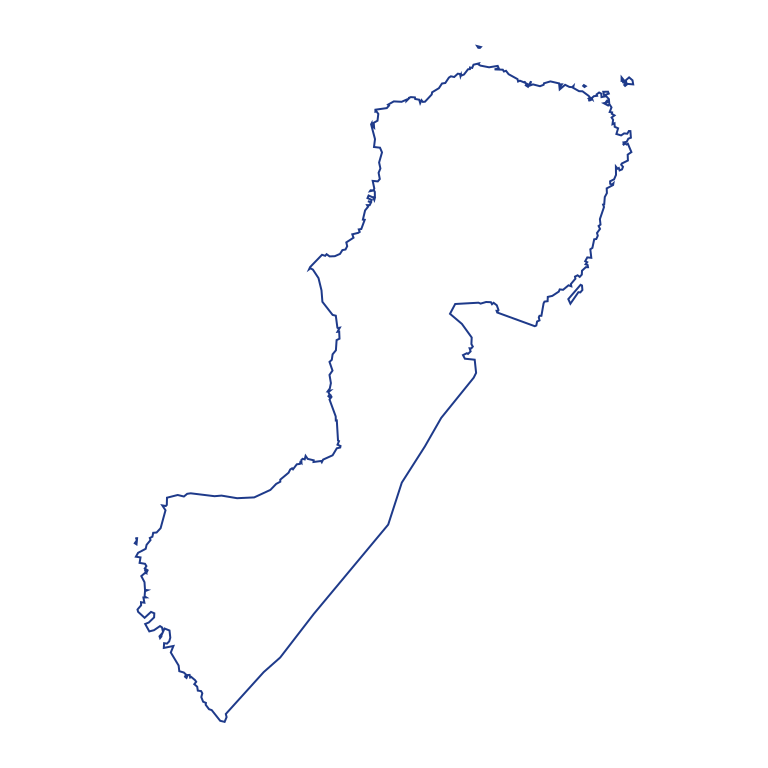 Negros Occidental, Negros Occidental, Philippines (Mercator projection)
{"feature_id": "2640588B49335496833592", "entity_name": "Negros Occidental", "entity_type": "district", "adm_level": 2, "iso_a3": "PHL", "parent_name": "Philippines", "parent_adm1": "Negros Occidental", "projection": "mercator", "projection_center": [123.007, 10.244], "detail": "fine", "context": "isolated", "style": "outline", "palette": "blue", "viewbox_px": 768, "rotation_deg": 0, "n_neighbors": 0, "source": "geoboundaries", "source_scale": "gbopen_adm2", "svg_char_len": 6024}
<svg xmlns="http://www.w3.org/2000/svg" viewBox="0 0 768 768"><path d="M534.8,326.2L536.3,325.5L537.1,321.5L539.5,320.4L538.8,317.3L539.5,315.8L541.4,315.8L543.6,303.3L544.5,301.6L547.6,301.2L547.8,296.9L552.3,295.9L558.8,291.6L559.7,289.4L563.1,289.8L568.5,285.3L571.3,286.3L570.9,284.0L575.4,278.7L575.0,276.6L577.6,275.3L579.7,276.9L581.8,274.6L582.0,270.7L585.8,267.2L588.0,267.2L587.6,265.0L585.6,264.3L587.2,262.2L585.2,261.2L587.3,257.4L591.3,257.8L590.3,249.3L592.4,247.9L594.2,239.3L596.3,239.0L597.8,235.7L597.0,233.0L600.0,228.9L598.6,226.0L600.5,224.6L599.9,219.1L604.0,207.0L603.1,204.6L604.2,204.4L604.8,197.0L606.9,193.1L606.7,188.4L613.1,185.0L613.4,183.3L612.0,184.6L610.2,183.8L610.1,181.3L614.1,179.3L616.0,174.9L615.9,166.6L617.6,168.7L618.8,168.0L619.6,170.4L622.0,169.4L623.0,166.8L621.2,164.7L621.8,163.5L627.9,160.5L627.7,154.6L631.4,152.1L627.9,143.8L626.6,144.5L625.1,143.5L623.7,144.6L623.4,144.2L624.4,143.6L623.6,142.4L626.7,141.8L628.3,138.7L630.9,137.7L630.4,131.1L628.9,131.0L627.3,133.7L624.1,133.4L621.1,135.4L616.4,134.0L618.1,128.3L614.7,126.8L614.5,123.3L612.5,124.2L613.1,119.8L611.6,117.5L614.5,115.4L611.8,113.8L612.1,112.4L609.7,112.0L611.5,107.4L609.3,104.0L608.1,105.5L603.8,103.2L607.6,102.3L606.4,101.4L607.2,100.5L609.1,101.8L608.9,99.1L606.2,96.2L601.5,97.1L601.3,93.7L599.1,92.5L596.6,94.4L597.1,95.8L593.9,96.2L591.8,98.0L592.2,99.2L591.5,98.6L590.8,100.1L588.4,100.7L590.2,99.5L588.7,98.5L590.0,97.5L588.7,95.9L582.5,91.3L579.1,91.2L573.1,87.8L573.5,85.9L572.2,87.2L569.3,86.9L565.1,84.8L559.7,89.4L559.1,83.4L550.4,81.4L544.0,83.3L543.6,84.8L540.0,86.2L533.0,84.4L529.7,85.6L530.9,82.1L530.6,82.0L528.0,86.8L525.0,84.8L527.8,86.1L528.7,84.8L524.8,82.6L525.1,81.3L524.4,82.5L519.9,80.7L518.1,81.5L517.5,79.1L508.6,74.2L506.0,70.8L503.9,71.5L502.8,69.7L494.6,69.4L498.7,68.2L497.7,65.9L489.1,67.3L480.4,65.6L478.4,64.4L478.9,63.4L473.5,64.7L472.2,67.9L470.0,67.5L469.9,69.1L468.0,69.3L464.0,74.5L461.3,75.6L461.1,74.6L460.5,76.3L460.0,74.0L457.8,73.7L454.2,77.0L450.9,76.3L448.9,77.6L445.3,83.0L442.0,83.5L438.9,88.2L432.1,92.3L431.7,94.5L425.0,101.7L422.8,101.9L421.5,100.2L420.2,103.1L419.2,99.7L415.2,99.0L414.9,97.4L410.8,97.1L408.2,98.1L409.5,97.9L406.5,100.9L406.6,99.6L401.6,101.8L393.8,101.4L388.0,104.7L389.0,105.6L386.8,108.1L375.4,109.7L375.4,111.7L376.5,111.4L378.3,113.9L377.5,120.7L373.7,122.8L374.1,127.6L371.9,125.6L371.7,123.2L371.1,124.3L375.0,139.1L374.0,147.0L380.0,147.7L382.0,152.4L379.1,162.5L380.4,168.5L378.6,172.8L379.8,179.0L377.8,181.4L372.7,180.9L374.3,188.5L373.5,190.4L370.6,190.3L370.0,191.2L374.0,190.4L374.8,191.9L374.9,197.1L372.9,197.2L374.9,197.7L374.3,200.0L373.2,197.5L368.6,195.5L367.5,198.1L371.7,199.9L370.9,202.0L367.9,201.2L371.0,202.5L369.7,205.1L367.1,205.1L368.1,206.7L365.1,210.4L362.9,219.6L364.7,219.8L361.3,229.0L358.8,229.4L359.7,231.9L358.1,232.9L352.3,234.3L353.5,237.7L346.3,242.4L347.2,246.2L345.5,249.5L342.4,250.1L340.0,253.9L334.8,256.2L329.6,256.4L326.6,254.2L325.2,255.8L322.0,254.8L310.1,267.1L309.1,269.3L310.5,268.3L312.9,269.6L318.5,278.1L321.5,290.4L322.4,301.8L332.6,314.9L335.8,315.7L337.4,327.7L338.5,328.6L339.3,327.8L339.8,327.7L337.5,331.8L339.2,331.6L339.5,338.7L336.6,340.1L335.9,350.3L332.6,354.3L331.8,359.8L329.5,361.9L332.5,370.6L329.5,374.9L330.9,383.1L329.8,388.5L327.9,391.1L330.1,390.7L328.3,392.2L329.6,394.4L328.4,396.2L330.2,397.8L331.0,396.0L331.5,396.9L329.5,399.5L335.7,416.4L335.8,420.5L336.8,420.4L338.0,440.5L339.0,441.1L337.5,444.7L340.5,446.0L340.2,447.5L336.8,448.3L332.6,455.3L323.1,459.6L321.8,462.2L321.1,461.0L313.5,462.0L313.7,460.3L307.7,458.9L305.6,455.9L304.7,459.4L302.6,458.8L301.3,460.1L301.5,463.2L300.3,462.3L299.9,463.9L296.8,464.3L293.0,469.3L292.1,468.3L290.2,469.5L288.6,472.7L280.3,479.6L280.3,481.7L276.2,483.9L270.4,489.9L254.2,497.4L237.1,498.2L221.5,495.6L214.6,496.2L190.7,493.3L187.2,493.8L183.9,496.5L177.7,495.0L167.0,497.7L166.8,504.9L165.8,506.0L162.3,505.4L165.5,510.3L160.6,528.2L156.6,532.5L153.2,532.8L152.4,536.7L149.8,538.0L150.5,540.1L146.6,544.8L145.7,548.8L138.1,552.8L135.9,556.7L140.5,557.4L139.6,562.9L145.0,563.8L146.4,566.1L144.8,568.5L147.6,570.3L147.1,571.4L144.8,569.5L146.3,573.3L144.9,573.0L141.3,576.1L144.5,582.2L145.0,589.9L147.4,590.2L145.0,591.2L144.6,596.4L146.2,597.4L143.4,597.5L144.4,602.7L141.0,602.2L141.1,605.3L137.5,609.5L138.1,611.8L144.6,617.8L151.0,611.9L154.3,613.3L154.1,617.4L148.8,622.5L145.2,624.0L149.3,631.4L154.0,630.2L160.0,626.1L162.0,627.4L163.0,631.9L164.5,628.5L169.5,630.5L170.3,637.7L169.2,641.4L167.0,643.6L164.1,643.2L163.8,647.9L173.4,646.0L170.8,652.5L178.6,665.5L179.3,671.2L183.8,672.5L186.6,675.1L189.6,674.9L190.2,677.5L191.2,676.9L195.0,680.1L196.2,681.8L194.3,684.2L197.2,686.7L197.8,690.6L201.1,691.1L202.3,693.3L201.3,697.1L203.1,701.7L205.9,702.9L205.7,704.8L209.0,709.2L211.7,710.1L220.2,720.8L224.6,721.9L226.6,717.1L225.8,714.0L263.7,672.1L280.2,657.5L313.8,613.9L388.2,524.6L401.8,482.6L424.9,446.4L441.2,417.9L473.7,377.7L476.1,372.9L474.7,359.7L464.9,358.7L463.0,355.1L466.9,353.2L468.0,353.9L470.6,351.4L469.6,348.3L471.3,348.4L472.8,346.6L471.4,344.1L471.7,337.5L461.9,323.9L450.0,313.8L455.2,304.0L478.5,302.7L480.6,303.6L486.1,302.0L490.9,302.2L492.0,304.2L493.6,302.8L496.8,305.3L498.5,310.1L497.3,311.7L496.8,310.8L496.6,310.8L497.2,312.5L534.8,326.2ZM580.6,284.8L568.3,299.1L570.4,303.7L578.4,292.2L580.3,292.4L582.4,290.0L582.0,285.5L580.6,284.8ZM621.6,77.4L621.6,80.9L622.9,80.7L623.1,82.4L626.5,83.5L624.3,85.0L625.1,85.9L627.6,83.9L633.2,84.4L632.5,80.3L629.1,77.4L625.8,80.3L626.5,83.5L621.6,77.4ZM608.0,91.7L603.3,91.8L604.1,95.3L608.8,93.6L608.0,91.7ZM137.1,538.2L135.4,538.2L136.8,538.7L136.6,540.7L134.8,543.2L136.5,544.3L137.1,538.2ZM185.0,676.7L186.5,677.9L187.3,676.0L185.9,674.9L185.0,676.7ZM161.7,633.8L159.5,636.3L160.1,638.1L161.4,636.5L161.7,633.8ZM561.8,84.3L559.4,84.3L560.4,86.3L561.8,84.3ZM583.9,85.1L583.2,85.9L584.5,87.0L585.7,86.2L583.9,85.1ZM477.2,46.1L478.3,47.8L479.9,47.9L480.8,47.0L477.2,46.1Z" fill="none" stroke="#1e3a8a" stroke-width="2"/></svg>